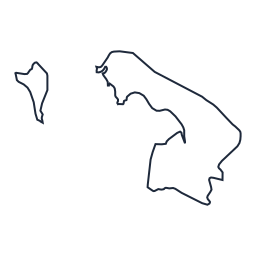 Kiên Giang, orthographic projection
{"feature_id": "VNM-502", "entity_name": "Kiên Giang", "entity_type": "Province", "adm_level": 1, "iso_a3": "VNM", "parent_name": "Vietnam", "parent_adm1": "", "projection": "orthographic", "projection_center": [104.707, 9.97], "detail": "fine", "context": "isolated", "style": "outline", "palette": "slate", "viewbox_px": 256, "rotation_deg": 0, "n_neighbors": 0, "source": "natural_earth", "source_scale": "10m", "svg_char_len": 2174}
<svg xmlns="http://www.w3.org/2000/svg" viewBox="0 0 256 256"><path d="M119.7,51.3L129.7,52.6L132.9,53.0L154.7,71.9L202.1,96.7L206.3,100.1L213.2,104.5L216.8,107.6L226.4,117.9L232.6,124.4L235.3,126.5L239.3,130.3L240.3,131.8L240.6,133.4L240.6,136.3L240.3,139.8L239.4,143.1L237.4,146.3L221.9,160.9L219.1,164.4L218.3,166.9L219.0,168.3L220.4,169.5L222.6,172.4L222.5,180.0L213.4,177.8L211.0,177.5L209.6,178.2L209.1,179.9L211.1,187.1L211.5,189.7L210.2,192.1L207.7,195.8L207.2,197.4L207.8,199.1L209.6,201.3L210.0,202.0L209.8,202.8L209.4,203.6L207.4,204.7L202.2,203.2L181.7,192.9L175.3,188.8L173.1,188.0L169.3,188.4L167.2,188.0L165.8,187.8L164.6,188.3L163.9,189.1L162.9,189.4L161.3,189.6L158.3,189.1L154.6,191.0L153.5,191.1L152.8,190.8L147.7,187.3L147.6,187.2L147.8,184.3L150.6,159.5L152.7,152.0L155.5,144.1L161.7,144.3L165.8,143.8L166.7,141.4L168.9,139.1L177.2,132.9L180.1,131.6L181.4,132.6L181.8,134.8L185.0,143.3L185.0,141.4L184.2,136.3L184.2,130.3L183.3,127.4L181.6,124.3L175.5,116.4L170.2,111.3L167.6,109.8L165.0,109.5L159.7,110.8L156.5,110.7L152.2,108.1L149.1,103.9L146.4,99.3L143.7,95.7L139.3,93.1L134.8,92.4L130.6,93.7L127.1,96.7L126.7,98.0L126.7,99.2L126.4,100.1L124.9,100.5L124.0,101.0L123.5,103.7L123.0,104.2L118.4,104.0L118.0,104.2L117.3,103.0L117.5,102.1L118.0,101.1L118.0,99.5L117.4,98.6L115.6,96.6L115.2,95.3L115.2,91.6L114.7,88.4L113.5,86.5L109.7,83.6L109.2,84.5L109.0,84.9L108.9,85.5L107.9,85.5L107.7,81.8L106.3,79.2L103.4,75.3L102.7,73.5L103.1,73.2L104.1,73.2L105.2,72.4L106.2,70.9L106.9,69.5L106.9,68.2L106.2,66.8L105.2,66.8L104.1,68.9L102.7,70.6L101.0,71.7L98.8,72.4L96.7,72.2L96.6,70.7L97.0,68.5L96.4,66.8L98.8,67.3L100.7,67.0L102.1,65.7L107.7,57.5L108.8,55.4L110.1,53.4L111.8,52.1L113.9,51.6L119.7,51.3ZM46.9,73.4L47.4,75.7L47.4,90.1L42.1,103.3L40.4,110.7L42.7,114.4L41.8,117.3L41.8,118.9L42.3,120.4L42.7,122.7L40.5,121.5L40.0,120.9L37.3,119.7L35.5,113.7L33.7,102.2L30.2,92.0L27.5,87.6L23.7,84.4L18.6,81.8L16.9,80.1L15.8,74.7L15.4,73.2L16.1,72.8L24.5,74.1L27.1,73.9L28.2,72.8L28.5,72.2L30.0,70.1L30.5,69.6L31.7,69.1L32.2,67.8L32.4,66.2L32.8,64.9L33.8,63.6L35.1,62.6L36.6,62.4L38.3,64.0L37.3,63.1L46.9,73.4Z" fill="none" stroke="#1e293b" stroke-width="2"/></svg>